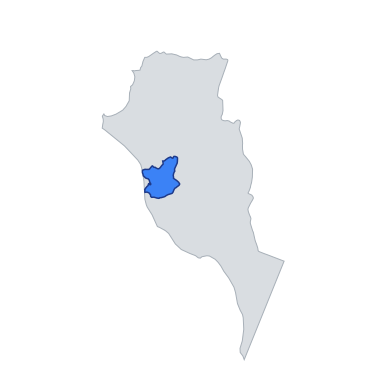 Chaouia - Ouardigha on a map of Morocco (Albers equal-area conic projection), rotated 290°
{"feature_id": "MAR-1449", "entity_name": "Chaouia - Ouardigha", "entity_type": "Region", "adm_level": 1, "iso_a3": "MAR", "parent_name": "Morocco", "parent_adm1": "", "projection": "albers", "projection_center": [-7.234, 33.091], "detail": "fine", "context": "in_parent", "style": "filled", "palette": "blue", "viewbox_px": 384, "rotation_deg": 290, "n_neighbors": 0, "source": "natural_earth", "source_scale": "10m", "svg_char_len": 4112}
<svg xmlns="http://www.w3.org/2000/svg" viewBox="0 0 384 384"><g transform="rotate(290 192 192)"><path d="M55.3,295.9L57.7,292.2L61.5,290.6L69.2,290.2L80.7,287.6L91.2,283.2L94.1,281.4L97.4,277.7L102.7,272.9L112.4,267.3L116.9,264.0L123.8,255.9L128.4,249.0L132.2,244.6L134.8,240.7L136.7,236.8L137.8,230.3L137.2,227.8L134.6,223.5L132.7,222.4L132.3,220.4L133.4,217.0L133.5,211.1L134.3,201.6L137.5,194.1L145.1,184.2L146.6,180.1L147.6,173.6L147.7,171.3L157.0,162.2L162.5,155.1L164.4,153.4L169.1,150.2L185.6,143.2L194.9,138.2L200.3,134.4L203.5,130.1L212.2,112.8L220.6,88.6L221.3,85.8L225.1,85.0L227.8,84.6L230.0,83.7L232.6,81.8L235.2,82.5L234.0,83.8L234.0,86.7L235.9,90.2L239.2,94.0L245.2,98.9L249.8,100.7L256.3,101.8L263.8,99.4L268.0,99.2L270.1,98.2L272.4,99.5L276.7,99.8L280.7,98.9L283.8,96.7L285.6,94.2L286.0,95.4L286.2,96.7L286.8,97.4L288.1,100.4L288.8,101.5L291.2,101.2L293.3,101.8L297.9,101.3L302.4,101.6L303.1,103.5L304.5,105.0L309.3,108.4L312.1,110.5L312.3,111.2L311.5,113.1L311.1,114.4L311.9,115.7L313.7,117.2L313.9,118.0L313.5,118.9L312.8,120.7L314.9,125.7L315.5,130.7L315.2,134.2L315.3,136.2L315.6,138.0L317.4,141.9L316.7,148.5L318.1,152.1L319.9,154.9L321.1,160.1L322.6,162.5L324.9,164.5L326.2,165.2L328.7,166.8L330.5,168.2L331.7,170.4L329.6,172.4L328.0,174.1L327.6,175.9L328.6,178.7L328.6,180.2L327.6,180.8L323.0,180.9L319.4,181.0L315.3,181.0L309.5,181.1L305.9,181.1L301.0,181.1L299.3,181.3L294.9,182.2L291.7,182.9L291.2,183.1L290.2,183.9L289.6,186.0L289.1,188.4L288.5,189.5L279.1,193.3L275.3,193.9L273.1,193.6L271.6,194.0L270.3,194.8L269.9,195.9L269.9,197.3L270.2,198.8L271.2,200.7L271.4,202.7L270.9,204.2L270.8,205.6L270.6,207.1L271.1,208.0L272.0,208.0L273.0,208.7L274.3,209.3L275.4,210.5L275.5,212.2L274.6,213.2L273.8,213.8L270.2,214.4L267.3,214.8L263.7,217.7L259.8,220.8L255.1,222.9L253.0,223.5L249.4,224.9L245.1,227.4L243.0,231.1L240.4,235.4L237.8,238.3L234.2,241.1L230.9,242.2L226.7,243.6L221.4,244.7L217.7,245.0L216.6,245.3L213.2,245.3L211.6,245.2L210.4,245.0L209.9,245.3L209.8,246.0L209.7,247.6L209.5,249.3L208.5,250.8L207.7,251.5L206.8,251.8L204.1,251.4L201.7,250.9L196.2,250.3L195.0,250.5L194.6,250.6L192.9,251.6L190.2,253.8L188.4,255.6L187.1,256.5L183.8,257.0L182.4,257.6L176.3,262.2L175.1,263.4L168.8,267.4L167.0,268.7L165.6,270.0L161.9,272.9L159.5,274.2L159.0,275.0L158.9,276.8L158.8,280.8L158.8,284.7L158.7,290.3L158.6,296.0L158.5,302.2L52.3,298.4L55.3,295.9Z" fill="#d9dde1" stroke="#a8b0b8" stroke-width="1"/><path d="M190.5,140.8L192.2,139.7L193.0,138.9L193.8,138.5L194.7,138.2L195.5,138.0L196.4,139.1L196.8,139.4L197.3,140.3L197.6,141.3L197.9,142.2L198.6,143.9L199.2,144.3L201.4,145.0L201.9,145.3L202.8,145.6L203.0,146.0L202.7,146.6L202.4,147.1L202.2,147.9L202.5,148.5L202.6,149.0L202.4,149.3L202.1,151.5L202.4,152.7L203.1,153.3L204.1,153.8L206.8,154.6L208.1,155.3L209.2,155.0L211.1,153.9L211.5,155.0L212.4,155.8L213.3,156.2L216.0,158.1L217.6,159.9L217.4,160.6L217.2,161.2L217.1,162.2L217.5,162.6L218.6,162.6L219.3,162.9L219.7,164.0L219.6,164.6L219.7,165.7L219.2,166.6L218.6,166.9L215.8,167.8L214.1,168.2L207.6,167.7L206.9,168.1L206.2,168.3L205.8,168.7L205.4,168.6L204.8,168.5L204.3,168.4L203.0,168.4L201.8,168.6L201.4,168.6L199.4,169.7L198.6,169.9L198.3,170.7L197.6,173.6L196.6,176.1L195.3,177.7L193.8,177.5L191.4,175.9L190.6,175.5L189.8,174.7L188.2,174.3L185.2,174.2L184.7,174.0L184.2,173.9L183.7,173.5L181.3,170.3L179.6,168.8L178.6,168.2L177.8,167.3L176.5,165.5L176.0,164.7L175.7,163.8L175.4,163.6L175.0,163.4L174.7,163.0L174.6,162.5L174.6,162.0L174.3,161.4L174.3,160.4L174.1,158.0L173.2,155.8L173.5,155.1L173.8,154.6L174.4,154.3L175.0,154.1L175.4,153.7L175.5,153.3L175.8,152.9L176.2,152.5L176.5,151.3L176.5,150.1L176.3,149.2L175.6,147.9L176.7,147.3L177.7,147.1L178.3,146.8L178.4,146.7L179.0,147.0L180.1,147.2L180.7,147.5L181.5,147.7L183.0,148.5L183.6,148.4L185.0,148.4L185.3,148.8L184.5,149.5L184.5,150.1L184.7,150.5L185.2,150.6L185.5,150.4L185.9,150.2L186.6,149.1L188.6,147.7L189.4,146.3L189.3,145.6L189.3,145.1L189.3,144.6L189.2,144.2L189.4,143.4L189.5,142.9L190.0,142.3L190.1,141.7L190.4,141.3L190.5,140.9L190.5,140.8Z" fill="#3b82f6" stroke="#1e3a8a" stroke-width="1.5"/></g></svg>